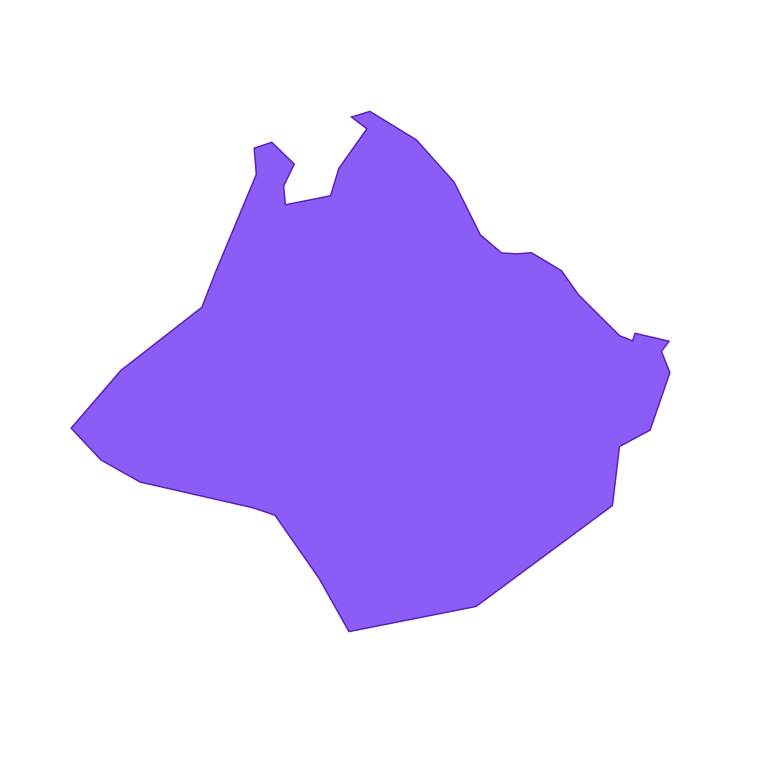 the district of Schoharie, New York, United States of America, rotated 297°
{"feature_id": "52423323B40222754422720", "entity_name": "Schoharie", "entity_type": "district", "adm_level": 2, "iso_a3": "USA", "parent_name": "United States of America", "parent_adm1": "New York", "projection": "natural_earth1", "projection_center": [-74.351, 42.592], "detail": "fine", "context": "isolated", "style": "filled", "palette": "violet", "viewbox_px": 768, "rotation_deg": 297, "n_neighbors": 0, "source": "geoboundaries", "source_scale": "gbopen_adm2", "svg_char_len": 651}
<svg xmlns="http://www.w3.org/2000/svg" viewBox="0 0 768 768"><g transform="rotate(297 384 384)"><path d="M607.1,233.8L603.6,252.9L555.6,245.9L527.5,250.9L498.9,214.8L514.8,204.7L539.2,204.2L548.4,174.3L535.2,161.3L512.7,175.1L407.3,183.1L369.7,186.9L276.7,143.4L202.6,125.3L187.8,166.3L185.9,211.2L214.2,323.4L217.6,346.4L181.4,414.3L147.5,465.2L227.6,567.0L379.4,642.7L435.2,622.2L463.7,642.0L523.9,633.6L539.0,616.4L551.5,618.6L543.2,584.7L535.3,585.9L534.0,572.0L551.7,517.0L565.5,490.7L567.9,455.8L560.3,443.3L554.1,429.2L560.7,402.0L595.7,354.8L616.2,302.0L620.5,247.7L607.1,233.8Z" fill="#8b5cf6" stroke="#5b21b6" stroke-width="1.5"/></g></svg>